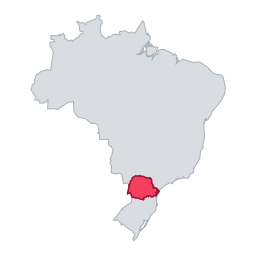 Paraná highlighted on a map of Brazil
{"feature_id": "BRA-613", "entity_name": "Paraná", "entity_type": "State", "adm_level": 1, "iso_a3": "BRA", "parent_name": "Brazil", "parent_adm1": "", "projection": "natural_earth1", "projection_center": [-50.532, -24.613], "detail": "fine", "context": "in_parent", "style": "filled", "palette": "rose", "viewbox_px": 256, "rotation_deg": 0, "n_neighbors": 0, "source": "natural_earth", "source_scale": "10m", "svg_char_len": 8016}
<svg xmlns="http://www.w3.org/2000/svg" viewBox="0 0 256 256"><path d="M65.8,38.5L68.5,41.1L71.8,39.9L72.8,41.6L74.7,39.2L79.1,36.7L80.1,34.4L83.0,33.1L83.2,31.6L79.9,31.1L79.1,24.9L76.3,20.9L80.1,22.9L83.5,22.8L85.9,24.8L86.6,22.4L95.1,19.4L97.0,17.4L96.9,15.5L99.4,15.4L100.2,16.3L99.4,19.4L101.6,20.3L102.3,22.9L100.8,24.9L100.1,30.0L101.7,35.5L105.7,38.6L107.5,38.1L108.3,36.4L109.9,36.8L114.4,33.9L120.2,34.8L119.3,32.5L120.2,31.0L121.3,31.7L125.1,30.6L129.3,33.3L131.1,32.0L135.1,33.0L142.6,20.7L143.8,22.0L146.3,33.2L147.6,35.0L150.1,36.0L150.4,38.8L146.1,44.3L143.5,46.0L140.0,53.4L136.6,54.5L140.2,54.7L145.4,50.9L146.4,55.7L147.9,57.2L153.3,55.5L151.7,60.8L153.8,56.6L156.3,54.1L157.5,54.8L158.1,54.1L157.6,52.1L159.3,49.8L163.5,49.3L172.5,53.4L173.1,55.4L174.4,54.0L176.5,55.6L177.1,57.4L176.0,58.6L176.4,59.2L177.6,58.0L177.8,59.2L176.8,60.4L176.1,64.0L177.6,62.5L178.6,59.8L178.8,61.7L182.8,59.2L192.3,62.3L199.8,62.0L207.2,67.0L213.7,73.8L221.7,75.1L223.3,77.6L225.3,87.5L224.5,94.0L221.3,100.5L212.4,111.3L212.4,110.4L210.7,115.3L208.0,119.6L206.7,120.2L205.8,118.3L204.9,119.3L203.7,123.9L204.6,137.0L202.9,144.6L203.1,147.7L200.6,150.8L199.8,158.5L193.9,168.1L193.6,172.5L190.1,174.3L188.5,178.0L184.0,178.1L183.1,176.7L182.7,178.3L175.8,178.7L176.2,179.9L171.8,183.0L169.3,182.9L165.0,185.5L159.5,190.1L158.5,192.3L157.5,191.5L157.1,192.5L155.9,192.1L157.5,193.4L156.2,194.8L155.8,197.3L156.7,202.7L155.5,210.7L151.0,215.2L145.4,226.2L140.1,231.2L140.0,229.6L143.7,227.5L147.0,221.5L147.1,220.4L144.9,221.1L143.6,219.1L144.2,221.0L143.7,223.3L140.4,227.0L139.3,229.9L139.7,231.5L137.2,237.1L133.9,240.6L133.1,240.1L133.1,237.3L135.0,234.8L131.9,230.9L125.2,226.4L123.1,223.9L121.2,225.2L121.0,223.4L117.2,219.6L115.4,220.6L113.5,220.0L121.6,209.5L122.5,209.5L122.3,208.5L131.3,202.2L132.1,197.0L130.4,193.3L127.5,193.3L129.3,184.4L127.4,183.0L123.6,183.8L121.6,174.6L118.4,173.0L116.1,174.1L111.0,172.8L111.6,166.7L110.0,161.9L111.4,160.8L110.1,159.5L113.1,150.6L111.4,146.6L108.6,145.0L108.8,139.5L99.8,139.4L99.4,134.8L97.7,132.6L99.2,132.5L98.0,125.0L95.2,123.3L91.6,123.5L85.3,118.6L78.6,117.3L75.7,114.6L73.7,110.4L73.5,101.5L67.7,102.6L57.7,109.6L54.6,108.7L47.6,109.0L48.0,99.9L44.6,103.0L39.9,103.2L38.9,100.3L34.8,99.8L35.9,97.4L30.7,89.1L32.0,87.7L31.8,85.3L34.9,82.8L34.4,80.7L36.0,75.1L41.2,71.5L46.4,69.6L50.5,70.3L53.3,52.4L52.1,48.5L49.9,46.3L50.0,42.2L54.5,41.7L53.7,39.5L51.0,39.4L51.0,35.7L59.4,35.6L59.3,34.1L60.6,35.5L63.2,33.3L64.6,35.7L64.8,38.7L65.8,38.5ZM148.6,46.2L157.9,47.3L155.7,53.5L154.0,53.7L153.7,54.8L152.3,54.2L150.8,55.9L147.3,55.8L146.1,52.7L147.0,51.9L145.9,50.8L146.7,47.1L148.6,46.2ZM140.7,53.8L142.2,49.3L143.6,48.7L143.5,51.4L140.7,53.8ZM151.2,44.0L150.3,45.7L148.2,45.3L148.5,44.2L151.2,44.0ZM148.0,42.1L147.7,45.6L146.8,45.2L148.0,42.1ZM152.6,46.2L151.3,46.4L150.7,46.1L152.3,45.1L152.6,46.2ZM146.6,46.3L145.3,47.4L144.7,46.8L145.7,45.8L146.6,46.3ZM149.1,43.3L148.5,42.6L149.6,41.9L149.7,42.5L149.1,43.3ZM148.4,34.4L147.6,34.5L147.4,33.3L148.2,33.2L148.4,34.4ZM157.0,206.0L156.8,204.9L157.4,203.8L157.6,204.1L157.0,206.0ZM172.6,182.5L172.8,183.8L171.8,183.5L172.6,182.5ZM156.6,198.1L156.2,197.4L156.8,196.7L157.0,197.0L156.6,198.1ZM177.3,61.7L176.8,63.0L177.3,61.2L177.3,61.7ZM206.2,120.4L205.2,120.8L205.8,119.8L206.2,120.4ZM178.3,179.2L177.4,179.6L177.2,179.3L177.8,178.8L178.3,179.2ZM204.6,122.8L204.3,123.5L204.1,123.1L204.6,122.8ZM174.9,52.8L174.9,53.6L174.7,53.4L174.9,52.8Z" fill="#d9dde1" stroke="#a8b0b8" stroke-width="1"/><path d="M128.7,188.6L128.9,187.8L128.8,187.0L128.9,186.8L129.1,186.4L129.2,186.2L129.1,185.7L128.9,185.5L128.8,185.0L128.9,184.8L129.0,184.6L129.2,184.4L129.4,184.3L129.6,184.2L129.9,183.9L130.0,183.8L130.1,183.6L130.1,183.1L130.1,182.8L130.3,182.4L130.3,182.0L130.5,181.2L130.6,180.9L131.1,180.6L131.6,180.2L132.1,178.9L132.2,178.4L132.2,178.2L132.4,177.8L132.5,177.6L132.9,177.4L134.4,176.6L134.7,176.5L135.2,176.0L135.5,175.8L136.0,176.0L136.7,176.0L136.8,176.0L137.1,175.8L137.3,175.9L137.6,176.1L137.9,176.0L138.6,176.1L138.9,176.1L139.0,176.3L139.2,176.2L139.4,175.7L139.5,175.6L139.8,175.6L140.2,175.7L140.7,176.1L140.9,176.1L141.2,176.1L141.3,176.1L141.6,176.4L141.8,176.3L142.2,176.5L142.5,176.5L142.9,176.3L143.3,176.3L143.7,176.5L144.1,176.8L144.4,177.0L145.5,177.3L145.8,177.7L146.0,178.0L146.3,178.0L146.5,177.9L147.2,177.9L147.3,178.0L147.7,178.0L147.9,177.8L148.0,177.8L148.3,178.1L148.5,178.0L148.8,178.0L149.2,178.0L149.7,177.8L149.8,177.9L150.0,177.9L150.0,178.1L150.3,178.3L150.2,178.5L150.3,178.6L150.6,178.7L150.9,178.9L151.1,178.9L151.1,179.1L151.4,179.5L151.6,179.8L151.7,180.6L151.5,181.3L151.6,181.5L151.6,181.8L151.7,182.0L151.8,182.2L151.9,182.4L152.0,182.5L151.9,183.1L151.7,183.3L151.8,183.4L151.9,183.6L152.0,183.7L152.1,183.8L152.2,184.1L152.5,184.4L152.5,184.5L152.9,184.8L153.0,185.0L153.0,185.4L153.2,185.5L153.3,185.9L153.5,186.1L153.5,186.3L153.4,186.4L153.5,186.5L153.2,186.7L153.2,186.8L153.3,186.9L153.3,187.0L153.1,187.2L153.1,187.3L153.2,187.6L153.2,187.8L153.2,188.0L153.7,188.1L153.9,188.1L154.2,188.1L154.4,188.1L154.5,188.0L154.5,187.8L154.7,188.0L154.9,188.0L155.4,188.0L155.5,188.0L155.8,188.1L156.1,188.1L156.3,188.2L156.5,188.1L156.8,188.3L157.1,188.4L157.1,188.5L156.8,188.8L156.9,189.2L156.8,189.3L156.7,189.4L156.8,189.6L156.8,189.8L156.6,189.9L156.7,190.2L157.0,190.4L157.1,190.2L157.2,189.9L157.4,189.7L157.6,189.8L157.8,189.9L157.8,190.0L158.1,190.0L158.3,190.0L158.6,190.8L158.5,191.0L159.0,191.3L159.2,191.2L159.3,191.3L159.1,191.6L159.0,191.8L158.6,192.1L158.5,192.3L158.4,192.6L158.2,192.4L158.4,191.9L158.5,191.8L158.8,191.5L158.6,191.6L158.3,191.7L158.2,191.8L158.1,191.6L158.1,191.8L157.9,192.0L157.9,191.8L157.9,191.3L157.7,191.5L157.4,191.3L157.4,191.5L157.3,191.4L157.4,191.8L157.1,191.8L157.3,191.9L157.4,192.0L157.2,192.1L157.3,192.2L157.4,192.3L157.2,192.7L156.9,192.5L156.7,192.6L156.4,192.5L156.1,192.3L155.9,192.0L156.0,192.4L156.1,192.5L155.9,192.6L156.0,192.8L156.5,192.8L156.4,192.9L156.5,193.0L156.9,192.9L157.2,193.1L157.1,193.3L157.2,193.1L157.5,193.1L157.4,193.5L156.9,194.4L156.9,194.5L156.8,194.8L156.7,194.8L156.7,194.7L156.4,194.7L156.6,194.7L156.6,194.9L156.3,194.8L155.8,194.9L155.7,195.0L155.8,195.0L156.6,195.0L156.7,194.9L156.7,195.1L156.6,195.6L156.4,195.6L155.0,195.6L154.9,195.7L154.9,195.8L154.6,195.8L154.5,195.7L154.4,195.8L154.1,195.8L154.1,195.7L153.9,195.8L153.6,195.9L153.4,196.1L153.2,196.4L152.8,196.6L152.4,196.7L152.3,196.8L152.2,197.0L151.9,197.1L151.7,197.0L151.4,196.9L151.1,196.7L150.7,196.2L150.4,195.9L150.1,195.9L149.8,195.8L149.7,195.9L148.9,196.0L148.6,195.9L148.4,196.0L148.2,196.1L148.2,196.3L148.0,196.1L147.7,196.0L147.6,195.9L147.2,195.9L146.9,195.8L147.1,196.0L146.7,196.1L146.5,196.6L146.3,196.9L146.2,197.1L145.7,197.2L145.4,197.4L145.3,197.2L145.2,197.2L145.1,197.3L145.0,197.1L144.7,197.2L144.3,197.4L143.9,197.5L143.7,198.0L143.7,198.4L143.6,198.6L143.8,199.0L143.8,199.4L143.6,199.5L143.1,199.6L143.0,199.8L142.8,199.5L142.7,199.4L142.6,199.2L142.0,199.2L141.8,199.1L141.6,199.2L140.8,199.2L140.4,199.1L140.1,199.1L139.6,198.7L139.2,198.3L138.7,198.3L138.2,198.2L137.5,198.1L137.1,198.1L136.9,197.9L136.2,197.7L135.6,197.9L135.4,197.8L135.1,197.9L134.8,197.9L134.0,197.3L133.6,197.1L133.0,197.4L132.8,197.4L132.7,197.3L132.4,197.2L132.1,197.2L131.8,196.5L131.6,195.9L131.3,195.5L131.3,195.3L131.3,195.0L131.3,194.5L131.1,194.2L131.0,193.6L130.9,193.6L130.7,193.7L130.6,193.4L130.3,193.2L130.2,193.2L130.1,193.4L129.9,193.2L130.0,192.8L129.9,192.8L129.7,193.0L129.4,193.0L129.6,193.3L129.3,193.3L129.1,193.2L128.9,193.1L128.8,193.3L128.6,193.3L128.5,193.5L128.4,193.7L128.4,193.9L128.3,193.6L128.2,193.6L128.0,193.4L127.9,193.5L127.9,193.3L127.8,193.2L127.6,193.3L127.6,193.0L127.5,192.6L127.5,192.4L127.6,192.2L127.8,191.9L128.0,191.5L128.1,191.2L128.4,190.9L128.4,190.7L128.2,190.3L128.2,190.1L128.5,188.9L128.7,188.6ZM157.9,192.2L158.1,191.9L158.2,192.0L158.2,192.4L158.2,192.5L158.0,192.8L158.0,192.7L157.9,192.6L157.8,192.4L157.9,192.2Z" fill="#f43f5e" stroke="#9f1239" stroke-width="1.5"/></svg>